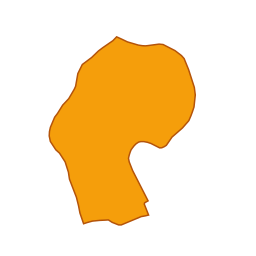 San Antonio Sacatepéquez, San Marcos, Guatemala (Albers equal-area conic projection), rotated 156°
{"feature_id": "79465075B59585261586559", "entity_name": "San Antonio Sacatepéquez", "entity_type": "district", "adm_level": 2, "iso_a3": "GTM", "parent_name": "Guatemala", "parent_adm1": "San Marcos", "projection": "albers", "projection_center": [-91.709, 14.966], "detail": "fine", "context": "isolated", "style": "filled", "palette": "amber", "viewbox_px": 256, "rotation_deg": 156, "n_neighbors": 0, "source": "geoboundaries", "source_scale": "gbopen_adm2", "svg_char_len": 1075}
<svg xmlns="http://www.w3.org/2000/svg" viewBox="0 0 256 256"><g transform="rotate(156 128 128)"><path d="M200.8,132.9L199.2,122.6L200.4,111.9L202.3,105.0L203.3,85.7L204.8,77.2L206.5,69.8L207.5,58.6L203.5,58.2L198.3,57.4L191.4,55.1L186.5,53.2L183.3,52.0L180.9,48.3L176.0,43.3L173.6,42.2L152.0,41.7L147.9,40.7L144.6,40.1L144.1,51.8L143.3,52.9L139.3,53.3L141.1,87.2L140.7,96.4L139.9,100.1L138.2,102.4L136.2,104.7L134.2,106.7L132.4,107.8L129.6,109.3L127.0,110.3L124.1,110.8L121.9,110.4L119.0,109.1L116.0,107.0L113.3,104.5L107.2,97.0L105.2,96.2L102.5,96.2L100.0,96.6L91.5,101.8L78.2,105.9L69.4,110.0L65.4,113.7L62.3,116.9L59.2,120.3L53.1,130.8L50.9,138.1L48.9,156.7L48.5,168.6L49.7,172.4L53.6,179.6L62.0,190.0L65.5,192.0L76.7,195.3L78.8,196.0L81.5,197.4L84.8,199.5L93.5,206.9L97.5,211.6L101.3,215.9L106.3,213.9L118.5,211.6L123.7,210.4L132.5,207.2L143.9,204.6L151.7,198.1L158.9,187.4L161.4,185.2L170.2,178.9L178.3,175.5L186.6,169.9L190.6,167.7L198.6,160.2L201.2,156.7L203.2,152.8L204.4,147.3L202.8,137.4L200.8,132.9Z" fill="#f59e0b" stroke="#b45309" stroke-width="1.5"/></g></svg>